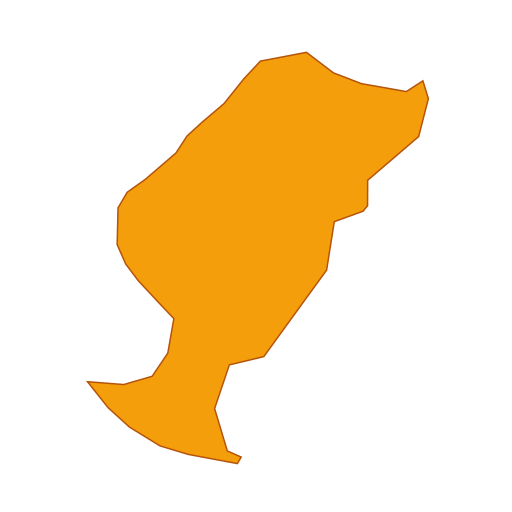 outline of Pedoulas, Nicosia, Cyprus, rotated 277°
{"feature_id": "46923920B72226225421474", "entity_name": "Pedoulas", "entity_type": "district", "adm_level": 2, "iso_a3": "CYP", "parent_name": "Cyprus", "parent_adm1": "Nicosia", "projection": "equal_earth", "projection_center": [32.829, 34.962], "detail": "fine", "context": "isolated", "style": "filled", "palette": "amber", "viewbox_px": 512, "rotation_deg": 277, "n_neighbors": 0, "source": "geoboundaries", "source_scale": "gbopen_adm2", "svg_char_len": 690}
<svg xmlns="http://www.w3.org/2000/svg" viewBox="0 0 512 512"><g transform="rotate(277 256 256)"><path d="M464.3,281.2L450.0,236.6L430.0,222.1L403.4,205.7L381.8,185.8L366.8,173.0L348.5,164.0L318.6,136.8L303.6,120.4L287.0,113.2L250.4,116.8L232.1,127.7L217.1,142.2L198.8,164.0L183.8,182.1L148.9,180.3L124.0,167.6L112.3,140.4L110.7,104.1L87.4,127.7L70.7,151.3L55.8,183.9L50.8,213.0L49.1,240.2L47.7,262.8L54.6,265.8L59.0,251.3L99.5,233.5L144.7,242.8L157.1,276.0L216.0,308.6L250.6,327.8L299.6,329.5L313.6,356.9L318.6,360.0L319.4,360.6L344.8,357.6L394.4,402.9L433.2,407.9L450.2,400.3L437.5,385.1L439.9,339.8L447.2,310.5L464.3,281.2Z" fill="#f59e0b" stroke="#b45309" stroke-width="1.5"/></g></svg>